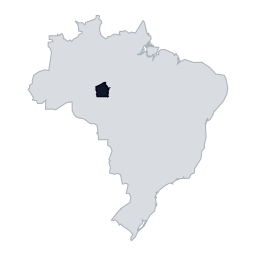 location of Apuí, Amazonas, Brazil
{"feature_id": "56859067B24093092109347", "entity_name": "Apuí", "entity_type": "district", "adm_level": 2, "iso_a3": "BRA", "parent_name": "Brazil", "parent_adm1": "Amazonas", "projection": "robinson", "projection_center": [-59.713, -7.593], "detail": "fine", "context": "in_parent", "style": "filled", "palette": "ink", "viewbox_px": 256, "rotation_deg": 0, "n_neighbors": 0, "source": "geoboundaries", "source_scale": "gbopen_adm2", "svg_char_len": 5257}
<svg xmlns="http://www.w3.org/2000/svg" viewBox="0 0 256 256"><path d="M64.4,38.6L67.1,41.2L70.5,40.0L71.6,41.6L73.5,39.2L78.0,36.8L79.0,34.5L82.0,33.2L82.2,31.7L78.9,31.2L78.0,24.9L75.1,20.9L79.0,22.9L82.5,22.8L84.9,24.9L85.7,22.4L94.4,19.4L96.3,17.4L96.2,15.5L98.8,15.4L99.6,16.3L98.7,19.4L101.0,20.3L101.8,22.9L100.2,24.9L99.5,30.1L101.2,35.5L105.3,38.7L107.1,38.2L108.0,36.5L109.5,36.9L114.2,34.0L120.1,34.9L119.2,32.6L120.1,31.1L121.3,31.7L125.1,30.6L129.5,33.4L131.3,32.0L135.4,33.0L143.0,20.7L144.3,22.0L146.9,33.3L148.2,35.1L150.7,36.0L151.1,38.9L146.7,44.4L144.0,46.1L140.4,53.5L136.9,54.6L140.6,54.8L146.0,51.1L147.0,55.8L148.5,57.3L154.0,55.6L152.4,61.0L154.6,56.7L157.1,54.2L158.4,55.0L159.0,54.2L158.4,52.3L160.2,49.9L164.5,49.4L173.7,53.5L174.4,55.6L175.7,54.1L177.8,55.7L178.4,57.5L177.3,58.7L177.8,59.4L178.9,58.2L179.2,59.3L178.1,60.5L177.4,64.2L178.9,62.7L180.0,59.9L180.1,61.9L184.3,59.4L194.0,62.5L201.7,62.2L209.3,67.1L215.9,74.0L224.1,75.3L225.7,77.8L227.8,87.8L226.8,94.2L223.6,100.8L214.4,111.5L214.4,110.7L212.6,115.6L209.7,119.9L208.4,120.5L207.5,118.6L206.7,119.6L205.4,124.2L206.1,137.3L204.3,144.9L204.4,148.0L201.8,151.1L201.0,158.7L194.8,168.4L194.4,172.8L190.9,174.6L189.1,178.3L184.5,178.4L183.6,177.0L183.2,178.5L176.1,178.9L176.4,180.1L171.9,183.2L169.4,183.2L164.9,185.7L159.2,190.3L158.1,192.5L157.1,191.7L156.7,192.7L155.5,192.2L157.1,193.6L155.7,195.0L155.2,197.4L156.1,202.8L154.7,210.8L149.9,215.3L143.9,226.3L138.3,231.2L138.2,229.6L142.1,227.5L145.6,221.5L145.8,220.5L143.5,221.1L142.2,219.2L142.8,221.1L142.2,223.4L138.7,227.0L137.6,229.9L137.9,231.5L135.2,237.1L131.6,240.6L130.9,240.1L130.9,237.3L132.9,234.8L129.9,230.9L123.1,226.4L121.0,223.9L119.1,225.2L118.9,223.5L115.1,219.6L113.2,220.7L111.3,220.1L119.8,209.6L120.8,209.7L120.6,208.6L130.0,202.4L130.9,197.2L129.2,193.5L126.2,193.4L128.2,184.6L126.3,183.3L122.4,184.1L120.5,174.8L117.3,173.2L114.8,174.3L109.6,173.0L110.4,167.0L108.8,162.2L110.3,161.1L108.9,159.7L112.1,150.9L110.4,146.8L107.6,145.2L107.9,139.7L98.6,139.7L98.3,135.1L96.6,132.9L98.1,132.8L97.0,125.3L94.1,123.6L90.5,123.8L84.0,118.9L77.1,117.5L74.2,114.8L72.2,110.6L72.1,101.8L66.1,102.9L55.7,109.8L52.7,109.0L45.5,109.3L45.9,100.2L42.4,103.2L37.6,103.5L36.6,100.6L32.4,100.0L33.5,97.6L28.2,89.3L29.7,87.9L29.5,85.5L32.6,83.0L32.1,80.9L33.8,75.2L39.1,71.7L44.4,69.8L48.7,70.5L51.5,52.5L50.3,48.6L48.1,46.4L48.2,42.3L52.8,41.8L52.0,39.6L49.2,39.5L49.2,35.8L57.8,35.7L57.7,34.2L59.0,35.5L61.7,33.4L63.2,35.8L63.4,38.8L64.4,38.6ZM149.3,46.3L158.8,47.4L156.5,53.7L154.8,53.8L154.4,54.9L153.0,54.4L151.5,56.0L147.9,56.0L146.7,52.8L147.6,52.0L146.5,50.9L147.3,47.2L149.3,46.3ZM141.2,53.9L142.7,49.4L144.1,48.8L144.0,51.5L141.2,53.9ZM151.9,44.1L151.0,45.8L148.8,45.4L149.2,44.3L151.9,44.1ZM148.6,42.2L148.3,45.7L147.4,45.3L148.6,42.2ZM153.4,46.3L152.0,46.5L151.4,46.2L153.1,45.2L153.4,46.3ZM147.2,46.4L145.8,47.5L145.3,46.9L146.3,45.9L147.2,46.4ZM149.8,43.4L149.1,42.7L150.2,41.9L150.3,42.6L149.8,43.4ZM149.0,34.4L148.2,34.6L148.0,33.3L148.8,33.3L149.0,34.4ZM156.3,206.1L156.1,205.0L156.7,204.0L156.9,204.3L156.3,206.1ZM172.7,182.8L172.9,184.0L172.0,183.7L172.7,182.8ZM156.0,198.2L155.7,197.6L156.3,196.9L156.5,197.2L156.0,198.2ZM178.7,61.9L178.1,63.2L178.7,61.3L178.7,61.9ZM207.9,120.7L207.0,121.1L207.6,120.1L207.9,120.7ZM178.6,179.4L177.7,179.8L177.5,179.6L178.1,179.0L178.6,179.4ZM206.3,123.1L205.9,123.8L205.7,123.3L206.3,123.1ZM176.2,53.0L176.2,53.7L175.9,53.6L176.2,53.0Z" fill="#d9dde1" stroke="#a8b0b8" stroke-width="1"/><path d="M97.2,93.6L97.2,93.8L97.2,94.0L97.0,94.3L97.0,94.5L96.9,94.6L96.8,94.8L96.9,95.0L97.0,95.0L96.9,95.0L97.0,95.2L97.0,95.3L97.2,95.2L97.2,95.3L97.2,95.5L97.3,95.6L97.3,95.8L97.3,96.0L97.3,96.3L97.5,96.3L97.4,96.4L97.4,96.5L99.5,96.5L103.9,96.5L107.4,96.5L107.5,96.4L107.6,96.5L107.7,96.3L107.9,96.1L108.0,96.1L107.9,95.9L107.7,95.9L107.7,96.0L107.5,95.9L107.6,95.6L107.6,95.4L107.7,95.2L107.6,94.9L107.6,94.7L107.7,94.4L107.8,94.3L107.8,94.2L107.9,93.9L108.0,93.8L108.1,93.7L108.1,93.4L108.0,93.2L108.1,92.9L108.2,92.7L108.2,92.4L108.0,92.0L108.0,91.9L108.0,91.7L107.9,91.5L107.8,91.4L107.8,91.1L107.7,91.0L107.7,90.9L107.8,90.9L108.0,90.8L108.0,90.7L108.2,90.4L108.2,90.2L108.3,90.2L108.5,89.9L108.6,89.7L108.6,89.4L108.6,89.2L108.6,88.9L108.6,88.7L108.8,88.4L108.9,88.2L109.0,88.1L108.9,88.1L107.1,88.1L106.9,88.1L106.9,87.9L106.8,87.7L107.0,87.5L107.0,87.4L106.9,87.4L106.8,87.2L107.0,87.2L106.9,87.0L107.0,87.0L107.0,86.8L107.2,86.5L107.2,86.4L106.9,86.3L106.7,86.4L106.5,86.1L106.4,86.0L106.4,85.9L106.3,85.7L106.2,85.6L105.9,85.5L105.9,85.4L105.8,85.2L105.7,85.2L105.7,84.9L105.6,84.7L105.4,84.6L105.3,84.4L105.3,84.2L105.3,83.9L105.2,83.8L105.2,83.7L105.3,83.7L105.3,83.4L105.4,83.2L105.4,82.9L105.4,82.6L104.6,82.6L104.2,82.6L103.1,83.3L102.1,83.9L100.2,85.0L98.9,85.6L96.0,86.9L96.0,87.0L96.2,87.3L96.2,87.5L96.3,87.7L96.3,87.8L96.3,88.1L96.2,88.5L96.2,88.8L96.1,89.1L96.1,89.3L96.1,89.5L96.1,89.8L96.1,90.0L96.3,90.2L96.5,90.2L96.5,90.3L96.6,90.5L96.8,90.7L96.7,90.8L96.8,90.9L96.8,91.0L96.9,91.3L96.8,91.5L97.0,91.7L97.0,91.8L97.1,92.0L97.2,92.3L97.3,92.4L97.3,92.5L97.2,92.7L97.2,92.8L97.2,93.0L97.1,92.9L97.1,93.0L97.2,93.3L97.1,93.2L97.1,93.3L97.1,93.5L97.1,93.4L97.0,93.5L97.2,93.6Z" fill="#0f172a" stroke="#020617" stroke-width="1.5"/></svg>